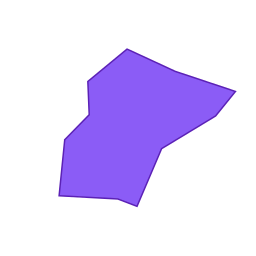 outline of Bolton, rotated 309°
{"feature_id": "GBR-5678", "entity_name": "Bolton", "entity_type": "Metropolitan Borough", "adm_level": 1, "iso_a3": "GBR", "parent_name": "United Kingdom", "parent_adm1": "", "projection": "natural_earth1", "projection_center": [-2.443, 53.589], "detail": "fine", "context": "isolated", "style": "filled", "palette": "violet", "viewbox_px": 256, "rotation_deg": 309, "n_neighbors": 0, "source": "natural_earth", "source_scale": "10m", "svg_char_len": 317}
<svg xmlns="http://www.w3.org/2000/svg" viewBox="0 0 256 256"><g transform="rotate(309 128 128)"><path d="M192.5,188.5L133.1,167.1L72.8,184.3L66.4,164.7L32.0,117.1L78.8,86.4L79.0,86.2L113.9,89.5L138.9,67.5L188.7,77.6L201.7,129.0L224.0,188.5L192.5,188.5Z" fill="#8b5cf6" stroke="#5b21b6" stroke-width="1.5"/></g></svg>